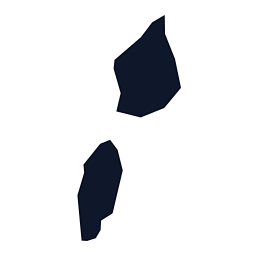 an SVG outline of Samoa, rotated 85°
{"feature_id": "WSM", "entity_name": "Samoa", "entity_type": "country or territory", "adm_level": 0, "iso_a3": "WSM", "parent_name": "Oceania", "parent_adm1": "", "projection": "natural_earth1", "projection_center": [-172.071, -13.756], "detail": "fine", "context": "isolated", "style": "filled", "palette": "ink", "viewbox_px": 256, "rotation_deg": 85, "n_neighbors": 0, "source": "natural_earth", "source_scale": "50m", "svg_char_len": 478}
<svg xmlns="http://www.w3.org/2000/svg" viewBox="0 0 256 256"><g transform="rotate(85 128 128)"><path d="M92.3,72.5L110.5,90.5L117.8,114.4L110.0,137.2L92.7,131.5L67.7,136.4L59.4,134.8L39.3,106.8L25.4,94.2L19.8,82.4L37.5,83.7L63.4,75.9L92.3,72.5ZM235.5,183.3L190.8,183.5L168.8,174.8L160.9,174.8L142.0,156.7L139.1,147.2L149.1,141.0L169.7,137.7L211.1,151.4L217.4,163.6L226.9,164.9L234.3,170.2L236.2,178.7L235.5,183.3Z" fill="#0f172a" stroke="#020617" stroke-width="1.5"/></g></svg>